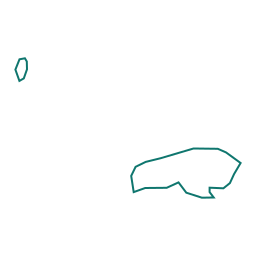 the District of Rum Cay
{"feature_id": "BHS-5032", "entity_name": "Rum Cay", "entity_type": "District", "adm_level": 1, "iso_a3": "BHS", "parent_name": "The Bahamas", "parent_adm1": "", "projection": "orthographic", "projection_center": [-74.928, 23.749], "detail": "fine", "context": "isolated", "style": "outline", "palette": "teal", "viewbox_px": 256, "rotation_deg": 0, "n_neighbors": 0, "source": "natural_earth", "source_scale": "10m", "svg_char_len": 460}
<svg xmlns="http://www.w3.org/2000/svg" viewBox="0 0 256 256"><path d="M160.7,158.2L193.5,148.5L217.8,148.8L226.0,152.4L240.6,163.0L234.1,174.0L229.9,183.1L223.4,188.3L209.6,187.7L209.6,192.1L213.7,197.5L201.9,197.7L186.3,192.7L178.5,182.4L166.7,187.8L145.2,188.0L133.7,192.1L131.2,175.9L135.6,166.8L145.7,161.9L160.7,158.2ZM24.9,58.3L26.8,61.5L27.0,69.3L23.8,78.4L19.4,80.9L15.4,69.6L19.5,59.3L24.9,58.3Z" fill="none" stroke="#0f766e" stroke-width="2"/></svg>